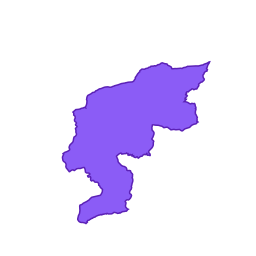 Santa María, Boyacá, Colombia, rotated 40°
{"feature_id": "7082276B96191946256227", "entity_name": "Santa María", "entity_type": "district", "adm_level": 2, "iso_a3": "COL", "parent_name": "Colombia", "parent_adm1": "Boyacá", "projection": "robinson", "projection_center": [-73.238, 4.825], "detail": "fine", "context": "isolated", "style": "filled", "palette": "violet", "viewbox_px": 256, "rotation_deg": 40, "n_neighbors": 0, "source": "geoboundaries", "source_scale": "gbopen_adm2", "svg_char_len": 5903}
<svg xmlns="http://www.w3.org/2000/svg" viewBox="0 0 256 256"><g transform="rotate(40 128 128)"><path d="M75.6,151.2L76.6,151.4L77.1,151.7L78.1,153.0L79.6,153.0L80.0,153.2L81.3,154.4L81.4,155.5L81.8,156.2L82.5,156.9L83.2,157.1L84.5,157.0L85.3,157.3L85.5,157.6L85.5,158.9L85.8,159.3L86.2,159.5L87.5,159.4L88.0,159.6L88.2,160.4L88.0,161.9L88.1,162.2L90.0,163.6L90.6,164.6L92.3,165.6L92.8,166.3L93.0,167.3L93.0,168.0L92.5,169.6L93.1,171.0L94.6,173.5L94.7,174.1L94.7,175.6L94.4,178.0L94.8,179.6L95.2,180.5L95.7,181.1L96.9,181.6L97.3,182.3L97.1,183.6L96.2,185.7L95.3,187.1L94.7,189.4L95.6,189.6L96.4,192.2L96.9,192.9L98.9,194.6L100.1,195.0L102.1,194.8L102.9,195.1L103.7,195.5L104.3,196.0L105.1,197.4L106.2,198.2L111.1,199.2L111.4,198.9L111.7,197.3L112.3,195.9L113.0,195.3L114.1,195.2L114.3,194.9L114.9,192.2L116.2,190.7L117.4,189.8L118.9,187.3L119.8,186.4L120.1,186.4L121.8,187.3L123.7,189.1L125.1,189.1L127.0,187.7L128.1,187.6L128.6,188.3L127.8,190.6L128.5,191.1L129.3,191.0L130.5,189.5L131.2,189.8L132.5,191.6L133.2,192.0L134.1,192.0L134.4,191.5L134.8,190.6L135.7,190.4L137.0,190.8L137.8,190.5L138.7,189.7L139.8,189.1L141.5,189.5L142.1,190.5L142.4,190.7L143.3,190.5L145.1,191.3L147.4,191.4L148.0,191.5L149.5,193.7L150.1,196.7L150.0,197.4L144.8,204.3L144.4,206.5L144.5,207.7L143.6,210.9L142.1,214.3L141.8,216.3L140.9,217.7L140.8,218.0L141.2,218.9L144.2,222.1L145.6,224.3L146.0,225.2L146.3,226.8L147.7,229.6L148.3,230.4L149.2,230.8L150.6,231.1L152.0,230.9L152.9,230.4L154.0,229.5L154.9,229.0L156.6,228.2L157.2,228.2L157.4,226.3L156.8,226.2L156.6,224.7L157.4,223.8L157.4,223.1L158.0,221.8L158.1,220.9L158.8,220.0L159.1,218.6L160.0,217.4L160.3,216.0L161.8,213.2L162.4,212.8L162.8,211.7L163.8,211.4L163.8,210.7L164.4,210.2L164.6,209.7L164.9,209.6L165.7,208.3L166.8,207.7L166.8,206.9L168.3,206.4L170.6,204.3L171.2,203.2L171.3,202.0L171.8,201.4L173.7,200.4L174.8,200.2L175.8,199.1L175.9,198.5L176.3,198.5L176.6,198.3L177.5,195.7L179.0,194.1L179.9,192.9L180.3,192.6L180.2,190.9L180.4,190.1L179.5,190.4L177.2,190.1L176.7,189.8L176.1,189.3L174.6,186.6L173.3,186.3L173.0,186.0L173.0,184.8L173.2,183.9L173.6,183.4L174.6,182.8L174.9,181.7L174.9,179.8L174.2,177.6L173.1,176.9L171.9,177.1L171.3,177.0L170.8,176.5L170.2,175.7L169.8,174.2L169.8,172.9L169.1,171.3L168.1,170.6L167.5,169.1L166.9,168.2L166.3,166.6L165.7,165.4L164.5,164.1L163.1,163.4L163.0,162.8L161.9,161.4L161.5,160.7L160.7,160.3L159.4,160.2L158.3,159.8L157.4,159.2L156.3,159.7L155.2,160.8L154.1,161.0L153.4,160.2L152.1,159.6L151.2,159.6L149.8,159.9L148.8,160.5L147.2,160.9L143.3,160.5L142.1,160.2L140.8,158.9L137.7,157.3L137.3,157.0L137.3,156.3L137.9,153.2L138.7,151.8L139.3,151.7L140.0,152.0L140.2,151.9L140.4,151.3L140.8,151.1L141.7,150.0L142.7,149.1L143.1,148.0L143.8,148.2L144.1,148.1L144.5,147.6L144.9,147.9L145.3,148.7L145.7,148.7L145.9,147.9L146.5,147.9L146.6,146.9L146.9,146.8L147.3,147.1L147.8,146.4L148.2,146.4L148.4,145.9L148.9,146.9L149.3,146.7L149.2,146.2L149.6,146.1L150.1,145.6L150.4,145.8L150.7,146.4L151.2,146.2L151.8,146.3L153.0,145.6L153.1,144.7L153.4,144.2L155.2,144.5L155.5,143.6L155.8,141.8L156.9,140.6L156.9,139.1L157.3,137.8L157.5,137.6L158.2,137.5L158.7,136.9L158.7,136.2L158.6,135.6L158.7,135.3L159.1,135.5L159.6,136.2L160.1,136.4L160.6,136.2L161.2,135.5L162.2,135.2L162.6,134.8L161.7,133.8L159.9,133.5L159.0,132.9L158.8,131.7L159.1,128.0L158.9,126.4L158.3,124.8L156.7,122.8L156.3,121.7L156.0,121.5L153.8,121.3L153.3,121.1L153.0,119.3L152.6,118.1L151.9,116.2L151.1,115.0L149.9,114.4L147.8,114.1L145.9,112.2L145.4,111.1L144.7,110.0L145.3,109.3L147.0,108.3L149.7,106.3L151.6,105.5L152.9,104.8L155.3,104.7L157.0,102.6L158.0,102.0L162.1,101.8L164.0,99.6L165.8,98.6L168.4,96.0L170.7,95.8L171.4,95.3L171.6,95.0L171.9,93.0L172.3,91.8L174.8,87.9L175.0,85.3L175.2,84.6L176.1,82.7L177.4,81.1L177.5,79.7L177.3,79.0L177.7,78.4L177.2,78.3L176.5,78.6L175.7,77.3L174.6,76.2L174.2,75.2L173.6,75.1L171.4,74.0L170.5,73.9L170.1,73.2L169.5,72.8L169.3,72.3L168.8,71.8L168.3,70.4L168.1,70.1L167.2,69.8L167.3,69.1L166.9,68.7L165.3,67.8L164.4,67.0L163.7,66.6L163.1,66.5L162.4,67.4L161.1,68.0L160.9,68.4L160.7,69.0L160.3,69.4L159.1,69.8L157.3,70.0L154.9,71.0L154.1,71.7L154.2,70.4L154.0,69.8L154.3,68.7L154.2,68.4L153.3,69.0L153.1,69.1L152.8,68.8L152.5,68.2L152.8,66.4L152.7,65.2L152.2,65.1L150.8,65.5L150.6,65.3L150.5,64.9L150.8,64.2L150.5,63.8L150.0,63.6L149.9,62.5L150.2,62.0L150.9,61.7L151.2,59.4L151.6,58.5L151.9,56.9L152.6,56.4L153.7,56.4L153.9,56.2L154.7,54.6L155.3,54.2L155.6,53.9L155.2,51.7L155.1,50.1L154.1,49.3L153.9,48.9L154.2,47.9L154.3,46.3L155.2,45.1L155.5,42.6L155.0,41.5L153.2,41.0L151.9,39.9L151.4,39.1L151.5,38.5L151.2,37.2L150.9,36.7L150.9,35.9L151.3,34.3L151.6,34.1L151.9,33.5L151.4,33.0L151.4,32.3L150.0,32.0L149.8,31.8L149.8,31.2L148.6,28.2L148.5,26.5L148.0,24.9L147.6,25.4L147.0,27.4L145.3,30.2L144.9,31.5L144.0,32.5L142.1,35.2L139.9,37.0L134.8,41.8L134.1,42.3L132.9,44.8L132.1,45.5L131.5,46.4L131.4,47.3L130.9,47.8L130.0,48.3L127.0,51.3L125.7,52.3L124.2,53.9L123.3,54.4L122.6,53.8L121.9,53.5L120.4,53.7L118.1,54.4L117.2,54.0L116.7,53.9L114.8,55.1L112.3,56.1L111.7,57.1L111.3,59.0L110.7,59.8L110.2,60.2L110.0,61.1L109.5,62.3L109.0,63.0L108.6,63.0L108.1,63.5L107.6,64.5L107.2,64.6L106.8,65.2L105.9,65.8L105.8,67.0L104.9,68.2L104.7,69.4L103.3,71.1L102.9,72.4L100.8,73.9L100.3,76.5L100.9,77.5L100.6,78.5L100.7,79.0L100.6,80.3L101.0,82.8L101.1,84.6L101.6,85.0L101.9,85.7L102.0,87.2L102.2,88.2L101.9,89.4L101.6,90.0L98.7,92.8L97.6,94.3L97.2,94.7L97.0,95.2L94.4,98.2L92.7,101.2L90.4,104.5L90.3,105.1L89.7,105.8L88.9,107.5L87.9,108.5L86.8,109.0L85.9,109.6L84.2,111.3L83.5,112.3L82.1,115.0L80.9,116.5L80.0,119.4L79.6,119.8L79.4,120.3L79.4,121.8L79.2,122.3L78.1,123.5L77.6,125.8L76.4,128.5L76.3,129.2L76.7,130.7L78.1,133.0L79.0,133.4L80.6,135.6L81.4,137.3L82.0,139.5L82.5,139.8L81.4,140.1L81.2,140.4L81.0,141.2L79.8,142.7L79.3,143.5L79.3,143.9L78.2,145.4L76.2,147.4L75.6,151.2Z" fill="#8b5cf6" stroke="#5b21b6" stroke-width="1.5"/></g></svg>